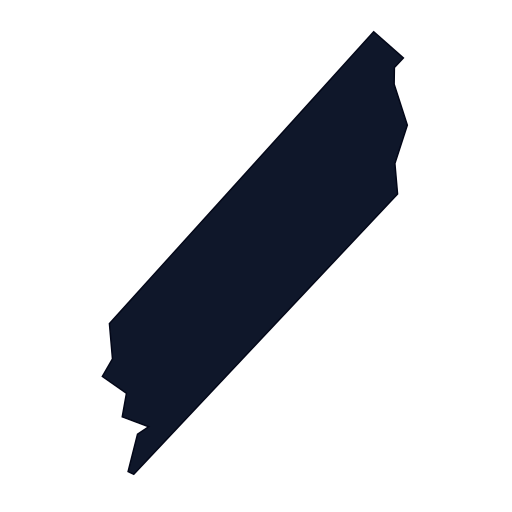 Morris, Texas, United States of America, rotated 222°
{"feature_id": "52423323B98583115824614", "entity_name": "Morris", "entity_type": "district", "adm_level": 2, "iso_a3": "USA", "parent_name": "United States of America", "parent_adm1": "Texas", "projection": "equal_earth", "projection_center": [-94.745, 33.122], "detail": "fine", "context": "isolated", "style": "filled", "palette": "ink", "viewbox_px": 512, "rotation_deg": 222, "n_neighbors": 0, "source": "geoboundaries", "source_scale": "gbopen_adm2", "svg_char_len": 367}
<svg xmlns="http://www.w3.org/2000/svg" viewBox="0 0 512 512"><g transform="rotate(222 256 256)"><path d="M192.3,396.8L214.7,417.7L231.1,454.5L268.3,476.1L279.3,488.7L279.0,501.8L318.6,501.4L319.7,107.7L293.8,83.5L289.6,63.7L260.4,67.3L247.8,47.0L221.5,57.3L224.8,44.3L206.8,10.2L200.8,12.0L192.3,396.8Z" fill="#0f172a" stroke="#020617" stroke-width="1.5"/></g></svg>